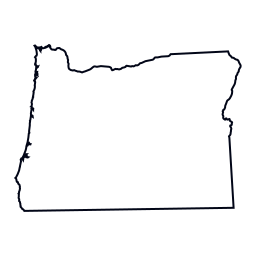 map outline of Oregon (orthographic projection)
{"feature_id": "USA-3525", "entity_name": "Oregon", "entity_type": "State", "adm_level": 1, "iso_a3": "USA", "parent_name": "United States of America", "parent_adm1": "", "projection": "orthographic", "projection_center": [-121.855, 44.128], "detail": "fine", "context": "isolated", "style": "outline", "palette": "ink", "viewbox_px": 256, "rotation_deg": 0, "n_neighbors": 0, "source": "natural_earth", "source_scale": "10m", "svg_char_len": 5460}
<svg xmlns="http://www.w3.org/2000/svg" viewBox="0 0 256 256"><path d="M17.6,174.3L19.1,170.5L19.8,167.0L20.0,166.8L20.0,166.1L21.0,161.4L20.8,160.0L20.7,159.6L21.4,158.4L21.9,158.3L22.4,158.0L22.8,158.1L22.8,158.5L22.8,159.5L23.1,160.0L23.3,158.9L23.2,158.5L23.3,157.9L23.6,157.6L24.0,157.3L24.3,156.4L25.0,155.5L25.6,155.3L25.9,155.2L26.0,155.6L26.0,156.8L26.1,157.2L27.1,157.4L27.8,157.5L28.2,157.2L27.3,157.0L26.9,156.6L26.7,155.4L26.3,155.0L26.3,154.5L26.6,154.2L26.3,154.2L25.6,154.3L25.4,154.8L24.3,155.3L24.1,156.0L22.9,157.6L22.6,157.5L23.7,155.4L25.6,150.4L26.0,148.9L26.5,146.2L26.7,145.9L27.5,145.6L28.1,144.6L28.3,144.1L28.5,143.7L28.6,143.2L28.8,143.2L28.9,143.4L29.2,144.1L29.4,144.3L30.4,144.4L30.5,144.1L30.1,144.1L29.6,143.8L28.9,142.6L28.3,142.7L28.0,143.1L27.9,143.8L27.6,144.6L27.1,145.1L26.7,145.2L27.6,142.1L28.4,137.4L28.8,133.5L28.9,133.2L29.3,133.0L29.4,132.6L29.1,131.6L29.1,131.1L29.8,125.4L29.8,123.1L30.1,121.6L29.9,120.8L30.3,120.0L30.8,116.8L31.4,116.1L31.7,116.0L32.2,116.6L32.7,116.9L32.5,115.7L31.8,115.3L30.9,116.1L31.0,114.8L30.9,113.4L31.6,109.0L32.1,108.6L32.5,108.7L33.1,109.5L33.1,109.1L33.3,108.8L33.2,108.5L32.9,108.4L32.7,108.6L32.1,108.2L31.5,108.7L31.4,108.6L31.8,107.4L31.8,106.9L31.7,106.6L31.3,106.5L31.5,106.3L31.6,105.9L31.9,104.5L31.9,103.7L31.7,103.0L31.5,102.5L31.8,101.4L31.8,100.7L32.1,100.1L32.4,99.3L32.7,98.6L32.8,97.5L33.2,97.1L33.2,96.6L33.0,96.3L33.3,95.1L33.7,92.1L33.4,91.7L33.5,91.3L33.8,90.6L34.3,89.7L34.8,87.8L34.9,85.8L34.7,85.4L35.0,83.7L35.2,82.1L34.9,80.9L34.5,80.7L34.1,80.6L34.1,80.4L34.7,80.2L34.9,79.7L35.1,78.5L35.4,77.6L35.5,77.7L35.3,79.1L35.7,78.6L36.1,78.0L36.5,77.6L35.5,76.9L35.1,76.2L35.1,74.5L35.5,73.7L35.6,72.4L35.8,72.1L35.8,73.3L36.0,74.3L36.5,74.5L36.7,75.0L37.3,75.3L37.2,75.0L37.5,74.4L37.4,73.6L37.2,73.4L37.1,72.8L37.2,72.0L36.4,72.2L35.5,71.3L36.0,69.6L36.1,68.5L36.7,68.0L36.7,67.2L36.7,66.9L37.0,66.9L37.6,67.2L37.8,67.1L38.0,66.6L37.6,66.8L37.3,66.7L37.0,66.2L36.8,66.3L36.7,66.6L36.4,66.8L36.3,67.7L36.2,68.0L36.2,66.5L36.1,65.5L36.0,65.1L35.6,64.8L35.4,64.4L35.5,64.1L35.3,64.0L35.1,64.1L35.1,63.8L35.5,63.3L35.5,62.7L35.8,62.0L35.9,59.7L35.8,58.8L35.6,57.9L35.0,57.2L35.3,56.8L35.5,56.6L35.8,56.1L36.6,55.6L36.9,54.2L36.6,51.6L36.3,50.1L35.3,46.9L34.5,45.7L35.0,45.5L35.4,45.9L35.2,46.1L35.5,46.5L35.9,46.5L36.4,46.8L37.1,47.3L37.3,47.7L37.6,47.8L37.7,48.2L38.6,48.6L39.5,48.5L39.9,49.1L40.0,49.9L40.0,50.4L40.4,50.9L40.4,49.3L41.0,49.5L41.0,49.3L40.2,48.3L40.0,48.2L39.3,48.1L38.8,47.8L38.7,47.5L38.9,47.4L39.9,47.5L40.5,47.3L41.4,46.9L42.4,48.3L43.0,48.3L45.5,47.7L45.9,47.5L45.3,47.3L45.3,47.0L45.7,46.8L46.4,46.9L47.5,46.2L47.6,45.9L48.1,45.8L49.0,46.1L49.3,46.6L50.3,47.3L50.5,48.2L51.6,49.4L53.2,49.7L54.0,49.6L54.6,49.9L55.1,50.0L55.8,49.8L56.5,48.8L57.2,48.2L59.1,48.0L59.6,48.1L60.0,48.5L61.3,49.4L62.1,49.6L63.0,50.0L63.8,50.5L64.5,51.1L65.0,51.7L65.5,52.5L65.8,53.4L66.1,54.9L67.2,56.2L67.4,56.9L67.6,58.6L68.1,60.0L67.9,61.5L67.9,62.4L68.5,63.5L68.6,63.9L68.4,65.5L68.5,67.0L68.7,67.9L68.9,68.6L69.4,69.1L70.1,69.6L70.7,70.0L72.9,70.5L74.0,70.2L74.4,70.2L75.3,70.7L76.7,71.1L77.5,71.5L79.8,71.6L82.0,72.4L82.5,72.3L83.0,72.0L85.0,71.4L89.9,69.5L91.0,68.8L92.9,67.2L94.0,66.5L94.8,66.4L96.9,66.8L100.9,66.1L109.0,66.8L110.3,67.3L110.9,67.7L111.8,69.8L112.2,70.2L112.9,70.1L115.4,68.9L116.4,69.1L117.3,69.0L118.0,69.2L119.2,69.4L120.9,68.9L122.3,67.8L124.2,67.4L125.5,66.9L125.6,66.6L125.8,66.3L126.5,65.8L126.8,65.8L130.9,66.5L131.2,66.5L132.1,66.1L133.5,66.3L133.8,66.3L135.8,65.2L137.0,65.4L137.5,65.3L138.2,65.0L138.9,64.5L139.7,63.6L140.2,63.2L141.5,63.0L145.4,61.2L152.8,59.7L153.9,58.8L154.7,57.7L155.1,57.5L155.8,57.4L157.7,57.4L161.4,56.6L168.2,56.2L169.5,55.6L170.6,54.2L228.1,51.4L228.5,52.7L229.4,54.9L231.2,56.5L231.8,57.5L233.7,57.9L234.6,58.7L236.3,59.6L237.4,59.8L238.2,60.5L238.6,61.3L239.2,62.8L240.3,64.7L240.6,65.4L240.6,66.3L240.5,67.0L240.1,67.6L239.3,68.9L238.8,70.3L238.7,71.5L237.5,73.2L237.2,74.6L236.3,75.8L236.0,76.5L235.9,77.3L236.0,78.9L235.4,80.3L235.1,82.7L234.6,84.3L231.8,89.4L231.7,89.8L231.8,90.2L232.2,90.8L232.2,91.6L232.0,93.5L231.8,94.2L231.3,95.6L229.9,98.2L229.1,99.2L227.5,100.4L227.0,101.1L226.8,101.7L226.1,103.7L225.5,105.1L225.2,106.0L225.1,107.5L224.8,108.2L224.5,108.9L224.2,109.4L223.6,109.7L223.3,109.9L223.3,110.4L222.7,111.2L223.1,112.2L222.7,113.7L222.6,114.6L222.8,115.1L223.2,115.8L223.3,116.3L223.2,117.7L223.4,118.4L223.9,118.9L225.0,119.6L225.7,118.6L226.1,118.4L226.4,118.5L227.1,119.5L227.7,119.6L229.3,119.0L229.6,119.2L229.7,119.5L229.8,120.4L230.1,120.9L230.2,121.1L231.4,121.7L232.0,122.2L232.1,122.6L231.8,123.3L231.8,124.3L231.7,124.7L231.5,125.1L231.2,125.3L230.4,125.4L230.2,125.7L230.2,126.4L231.0,127.6L231.3,128.5L231.3,128.9L231.0,130.0L230.9,131.6L230.6,132.9L230.6,133.8L230.3,134.7L230.0,135.2L229.4,135.8L229.0,136.4L229.3,137.3L229.4,138.1L233.6,207.8L24.5,210.9L24.5,210.7L23.9,210.2L22.8,209.1L22.3,209.0L21.1,207.2L20.7,207.0L20.5,206.4L20.6,205.6L20.3,204.9L20.4,203.9L20.1,203.1L20.0,202.2L19.6,201.4L19.1,201.0L19.2,199.2L18.6,197.9L18.7,197.1L18.8,196.6L18.8,195.2L18.9,194.3L18.5,193.6L19.0,193.0L19.1,191.6L19.6,190.5L20.0,188.6L19.9,187.9L19.8,187.5L19.9,186.7L19.5,184.9L19.2,184.5L18.4,183.9L18.1,183.2L17.9,182.2L17.4,181.9L17.0,181.9L16.7,181.4L16.3,179.2L16.1,178.7L15.8,178.4L15.4,178.0L15.9,177.6L17.6,174.3ZM49.1,45.1L49.4,45.1L50.1,45.9L50.3,46.5L50.2,46.8L49.5,46.3L49.2,45.8L49.1,45.3L49.1,45.1Z" fill="none" stroke="#020617" stroke-width="2"/></svg>